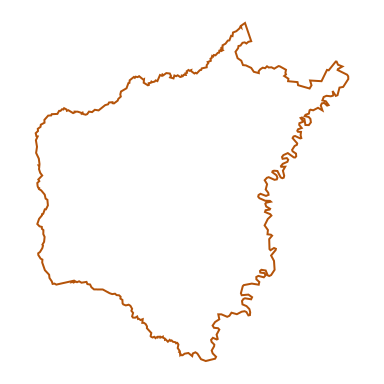 outline of Buenavista, Córdoba, Colombia
{"feature_id": "7082276B96393406171347", "entity_name": "Buenavista", "entity_type": "district", "adm_level": 2, "iso_a3": "COL", "parent_name": "Colombia", "parent_adm1": "Córdoba", "projection": "albers", "projection_center": [-75.43, 8.19], "detail": "fine", "context": "isolated", "style": "outline", "palette": "amber", "viewbox_px": 384, "rotation_deg": 0, "n_neighbors": 0, "source": "geoboundaries", "source_scale": "gbopen_adm2", "svg_char_len": 5873}
<svg xmlns="http://www.w3.org/2000/svg" viewBox="0 0 384 384"><path d="M342.4,66.5L338.0,64.7L336.6,61.6L335.8,61.5L328.7,70.3L327.0,69.9L321.5,81.2L310.1,80.5L311.5,85.3L309.6,88.5L298.1,85.2L297.5,82.1L288.1,81.2L288.4,78.7L284.2,76.0L286.0,74.4L285.4,72.9L286.0,69.8L279.7,66.3L278.5,66.1L274.2,68.7L271.5,67.3L268.7,67.5L267.0,66.3L265.1,68.2L262.7,67.7L260.3,69.3L258.7,71.2L258.8,73.1L253.8,71.8L251.2,67.9L245.9,65.4L243.0,65.1L241.3,60.7L237.6,58.2L235.5,51.8L238.1,48.2L238.5,46.0L240.5,45.6L242.5,42.8L244.7,42.4L246.4,43.5L248.4,41.8L251.2,41.2L245.0,23.0L240.9,25.9L241.2,27.4L240.4,26.6L239.5,28.4L236.3,31.2L233.0,32.5L232.5,36.1L231.1,35.8L229.4,40.4L227.8,40.6L225.5,43.7L222.6,45.3L222.6,47.1L221.6,47.6L222.3,48.5L221.5,48.9L222.9,50.2L221.5,50.9L220.6,48.8L220.6,50.9L219.3,50.8L219.1,52.6L217.7,52.9L215.5,55.3L213.9,55.0L213.2,56.5L212.2,55.9L211.5,58.3L210.5,58.7L210.8,60.8L207.7,62.0L208.3,63.0L206.7,65.2L206.7,67.3L201.7,68.4L201.2,69.9L199.8,70.2L196.8,73.4L195.6,72.8L194.4,73.5L191.0,71.0L191.2,70.1L189.4,70.8L188.5,70.0L186.7,71.3L187.0,72.8L185.3,73.4L185.8,74.9L183.7,74.8L182.9,76.0L181.8,75.6L181.7,76.6L180.2,77.0L177.7,75.3L176.1,76.2L174.4,75.5L173.5,78.4L170.1,77.4L171.0,76.0L169.8,73.5L166.3,73.1L163.3,75.3L162.4,74.5L161.9,75.8L160.0,75.0L157.4,81.1L155.7,80.4L154.6,81.6L152.2,82.2L151.4,81.6L150.8,82.8L148.7,83.2L148.9,84.9L147.9,85.3L143.7,82.7L144.0,79.3L143.4,79.7L139.1,76.2L137.7,77.1L135.5,76.7L134.8,77.8L133.8,77.0L129.7,80.3L129.4,82.9L128.4,83.1L126.5,88.3L121.0,91.5L120.3,94.4L120.8,96.6L118.3,98.9L117.7,100.6L114.0,103.4L112.6,103.2L112.5,102.2L109.0,102.5L108.1,104.3L105.2,105.1L98.6,110.4L94.8,109.8L92.1,112.1L89.0,111.6L87.2,114.1L85.7,114.7L83.0,114.0L82.6,112.7L81.5,113.6L81.2,112.8L77.8,111.7L74.6,111.6L74.7,112.4L73.1,113.1L68.3,110.2L66.9,110.8L66.4,109.4L64.1,108.2L63.4,109.5L62.1,109.2L60.5,110.9L59.1,110.9L57.4,113.9L51.7,114.2L51.2,115.4L48.2,115.6L44.4,119.9L44.5,122.7L40.8,124.7L40.5,126.9L37.8,128.8L38.0,131.0L35.7,133.2L36.4,136.2L37.7,136.4L35.9,140.2L37.0,146.8L36.1,152.9L38.8,158.6L39.5,164.0L39.4,165.2L38.5,165.3L39.3,166.7L39.0,169.1L40.2,172.8L42.2,175.5L38.3,179.5L39.3,181.1L37.3,183.0L37.6,186.0L38.2,187.7L39.2,188.1L39.0,189.1L41.2,190.4L44.7,194.6L45.6,198.6L47.4,199.8L47.9,205.4L46.0,209.3L44.8,209.3L43.2,213.8L42.0,214.2L42.0,215.3L39.1,218.8L37.3,224.0L39.5,226.3L41.8,226.9L41.9,228.8L43.4,230.1L43.3,234.1L44.6,236.9L44.1,241.8L42.4,244.7L43.0,245.6L42.3,248.2L40.0,252.0L38.2,253.3L38.3,255.0L40.6,258.6L42.4,259.6L42.2,262.5L44.9,270.2L49.1,274.7L49.5,278.0L51.8,281.4L52.6,283.9L54.5,283.6L56.3,284.6L72.5,281.0L71.8,282.1L73.1,281.8L73.5,282.5L74.3,282.2L73.2,281.3L74.1,280.7L77.0,282.2L79.1,281.3L81.5,282.7L86.5,281.9L87.4,284.1L90.1,284.5L91.4,287.2L94.0,289.4L102.8,289.5L109.6,293.2L112.2,294.1L115.0,293.7L116.6,295.1L119.1,295.3L120.6,296.7L120.4,298.6L122.4,299.9L122.6,303.5L123.3,304.4L125.8,305.4L128.7,304.7L130.4,305.8L132.1,308.8L131.4,310.8L133.1,312.9L132.1,316.4L133.0,317.6L135.2,317.7L137.2,316.5L138.0,319.0L138.8,318.8L140.5,320.0L142.7,319.2L142.3,322.9L144.0,322.9L145.7,324.1L147.0,326.4L146.9,328.2L151.3,333.0L150.6,336.1L151.3,336.9L152.7,337.5L154.2,336.8L155.5,338.1L156.3,337.3L157.5,337.6L157.7,336.8L160.1,336.7L160.3,337.6L162.8,336.7L162.7,337.5L164.9,338.6L165.0,339.8L165.8,339.5L167.9,341.7L169.7,339.9L170.5,340.8L171.6,340.4L172.8,341.7L175.6,342.3L176.1,343.3L177.3,342.9L178.4,344.5L177.7,348.0L179.8,351.2L179.2,352.0L179.9,352.4L180.2,354.9L180.7,354.3L181.1,355.2L182.6,355.2L184.6,353.7L188.4,353.0L192.2,356.1L192.8,353.5L195.4,352.3L197.4,353.6L201.0,359.2L205.7,361.0L215.1,358.7L216.1,356.8L212.7,353.4L211.7,350.5L214.1,346.3L214.3,344.6L211.6,341.9L211.1,339.9L212.9,337.8L216.8,339.5L217.7,339.0L216.6,334.6L219.3,329.6L218.0,328.2L214.0,327.8L212.6,325.6L215.1,322.0L219.3,319.3L218.3,314.3L221.3,314.3L227.2,316.8L229.4,315.8L231.5,312.7L236.9,314.2L241.7,311.7L244.6,311.2L246.4,312.0L248.4,315.4L249.9,315.1L250.2,312.3L249.4,309.1L246.5,306.1L242.5,304.4L242.0,301.0L243.4,299.0L245.0,298.3L251.1,299.3L252.1,297.2L248.4,294.6L241.7,295.2L240.9,293.2L242.8,286.1L243.8,285.1L251.8,283.6L258.7,284.7L259.3,282.0L256.4,279.3L256.3,277.0L258.4,275.9L263.8,277.3L265.6,275.3L264.4,273.1L260.3,272.6L260.0,271.0L261.4,269.8L265.7,270.5L267.7,275.3L269.2,276.0L271.1,275.1L274.6,269.8L274.0,260.9L271.1,255.5L275.6,250.1L275.9,248.8L274.0,248.0L270.5,250.2L269.5,249.1L269.2,239.1L272.1,235.7L270.9,234.7L267.5,234.3L267.9,230.0L264.6,225.4L267.8,219.0L271.4,215.6L270.3,214.2L265.0,212.0L265.6,210.2L269.6,209.6L270.1,208.8L266.2,206.5L265.3,203.8L266.1,202.7L270.9,201.7L270.0,200.9L265.1,200.7L259.4,198.2L258.2,196.7L258.6,195.0L260.5,193.8L266.0,195.9L268.6,194.8L268.2,192.7L265.7,189.5L267.1,184.2L264.7,180.2L266.9,177.8L268.7,177.2L274.5,179.8L276.8,179.4L277.4,177.8L276.5,175.3L272.3,172.2L272.6,171.2L274.0,170.7L277.4,171.0L280.7,177.4L282.3,178.2L283.7,177.7L284.2,175.8L282.9,170.7L285.2,166.7L281.2,166.8L280.9,166.1L282.8,163.8L287.4,161.8L288.2,159.7L286.8,158.1L282.6,158.8L282.0,157.0L283.4,155.1L287.8,153.1L293.8,157.4L295.1,157.5L296.2,156.3L296.0,153.6L292.6,151.3L292.1,149.9L294.6,146.0L296.9,144.8L297.2,143.4L292.6,138.1L293.5,136.5L295.1,136.0L300.2,138.4L301.3,138.1L300.6,135.1L301.0,131.9L298.0,131.8L297.3,130.8L298.0,129.3L301.7,128.0L299.2,124.9L299.4,123.2L303.4,121.6L300.6,118.0L301.9,117.5L304.4,118.9L305.4,125.0L308.8,125.1L310.9,122.3L310.4,118.9L308.7,117.0L304.7,116.1L305.5,114.8L308.9,113.6L309.6,110.3L310.5,109.7L313.2,110.3L318.0,107.8L322.4,110.4L320.8,105.6L321.8,103.4L324.2,102.9L327.1,105.6L328.6,105.1L325.9,101.3L322.4,100.4L323.7,97.0L326.5,95.8L330.8,96.3L332.9,95.7L333.3,94.4L332.6,91.0L335.8,95.9L337.5,95.2L339.5,87.6L343.2,86.9L348.3,79.0L348.2,76.3L347.1,74.7L337.6,70.0L337.9,69.1L342.4,66.5Z" fill="none" stroke="#b45309" stroke-width="2"/></svg>